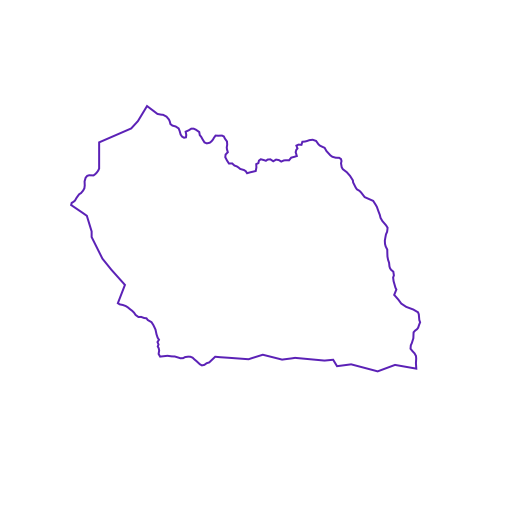 Alto Longá, Piauí, Brazil (Robinson projection), rotated 292°
{"feature_id": "56859067B34833436466805", "entity_name": "Alto Longá", "entity_type": "district", "adm_level": 2, "iso_a3": "BRA", "parent_name": "Brazil", "parent_adm1": "Piauí", "projection": "robinson", "projection_center": [-42.12, -5.395], "detail": "fine", "context": "isolated", "style": "outline", "palette": "violet", "viewbox_px": 512, "rotation_deg": 292, "n_neighbors": 0, "source": "geoboundaries", "source_scale": "gbopen_adm2", "svg_char_len": 3326}
<svg xmlns="http://www.w3.org/2000/svg" viewBox="0 0 512 512"><g transform="rotate(292 256 256)"><path d="M354.2,98.8L336.9,96.0L327.5,92.5L302.6,68.0L283.5,75.7L278.3,77.8L276.1,77.7L273.7,77.1L271.7,76.3L269.9,75.2L269.0,72.9L268.4,71.1L267.1,69.5L264.8,68.7L261.0,69.1L257.2,70.8L254.5,71.5L251.9,71.2L248.8,70.2L247.0,68.9L245.1,68.4L242.6,67.8L239.6,67.4L237.9,66.5L236.2,65.2L234.0,65.5L232.8,71.1L231.0,79.4L229.9,84.1L217.2,94.4L212.0,96.5L196.0,114.6L189.1,127.0L186.3,132.7L180.1,145.3L160.5,145.6L160.1,147.7L160.7,150.9L160.8,153.9L160.4,156.3L159.5,159.1L158.8,161.7L157.8,164.1L156.2,166.5L155.4,169.9L156.5,172.3L156.6,175.5L157.2,177.8L156.1,179.6L155.5,183.9L153.6,186.6L151.7,188.7L150.1,190.4L146.1,193.1L143.4,195.4L142.0,197.4L139.3,196.9L137.4,198.8L135.3,198.8L134.1,200.3L132.1,201.6L128.7,202.4L126.8,204.8L128.1,207.2L130.3,211.3L131.4,215.6L132.4,218.3L132.7,221.7L132.9,224.3L134.0,226.7L135.7,228.1L137.3,230.9L138.0,232.9L138.0,235.3L137.1,237.5L136.2,240.3L134.6,244.5L134.3,246.8L135.7,248.9L138.1,250.4L139.8,252.5L147.3,255.9L148.8,260.9L151.5,269.1L157.5,287.8L159.8,290.5L167.0,299.3L169.3,315.9L169.7,319.0L170.9,321.1L174.3,327.2L176.2,330.4L184.7,358.7L188.7,366.4L184.2,372.4L191.2,384.8L194.2,408.6L194.6,412.0L207.1,425.7L211.6,446.8L216.6,444.4L220.8,443.0L223.2,441.8L225.1,439.5L226.4,436.7L227.9,434.0L231.2,433.0L233.8,433.1L238.7,432.7L242.3,431.4L244.3,430.7L246.5,431.5L248.4,432.7L250.2,433.2L253.7,433.0L256.0,433.0L257.8,431.4L262.9,428.8L264.5,427.3L265.3,421.9L265.1,414.3L266.3,408.5L268.9,404.3L271.7,398.7L277.5,398.7L278.8,397.2L284.2,393.0L287.4,391.2L289.7,391.1L292.9,389.2L293.8,386.4L294.9,384.8L296.4,383.6L299.6,381.9L301.9,379.9L304.7,378.1L307.6,376.8L311.1,375.3L313.4,372.7L315.5,371.1L318.5,369.7L321.7,369.0L324.8,368.4L327.5,368.5L329.5,368.0L331.5,367.4L333.1,365.2L335.8,360.0L338.0,357.2L340.5,355.4L343.4,352.7L346.8,349.7L348.3,347.8L351.0,344.0L351.3,334.7L354.3,329.6L355.2,327.5L355.6,324.6L356.8,322.8L360.6,318.5L362.4,317.5L365.5,313.2L367.7,308.8L369.0,304.0L370.4,302.2L373.8,300.1L376.1,299.7L377.7,298.5L378.2,296.3L377.0,293.2L376.6,289.6L377.2,287.2L379.7,282.0L382.0,279.1L382.1,276.6L382.3,273.8L383.0,272.0L385.2,268.6L385.0,265.0L383.4,262.1L381.7,260.2L380.4,258.4L379.3,256.2L376.1,256.5L375.2,253.7L373.5,252.1L371.2,254.2L369.6,253.6L367.1,253.9L364.0,256.4L362.3,254.4L360.4,251.8L357.1,250.8L356.0,247.9L355.1,246.1L353.0,244.0L353.5,241.3L352.9,238.5L350.3,236.5L351.0,233.1L349.8,230.7L348.0,229.5L347.9,227.5L347.5,224.2L345.5,223.0L343.0,223.4L341.3,221.8L338.2,223.2L334.7,223.9L332.9,221.4L331.3,219.1L329.4,216.7L330.8,214.7L331.2,212.6L330.8,208.8L331.5,206.6L331.9,204.6L331.8,202.1L332.9,199.2L331.6,196.3L333.7,193.3L336.1,190.5L338.7,189.8L341.7,191.0L343.9,189.2L345.7,188.2L348.4,187.6L351.3,186.2L353.2,183.2L354.8,181.4L354.9,179.3L353.4,176.0L352.5,173.4L349.7,172.7L347.9,172.5L345.7,171.8L343.7,170.7L342.0,168.2L342.0,165.7L344.2,162.7L346.0,160.5L347.0,158.6L349.7,156.9L350.6,152.9L350.7,150.4L349.8,148.3L347.4,146.6L344.9,144.2L342.1,146.0L339.8,146.6L338.7,145.0L339.0,142.7L340.4,140.6L343.4,138.3L345.3,136.5L346.0,133.0L345.6,129.6L346.3,127.2L348.4,125.7L349.9,124.2L351.7,120.8L352.1,117.0L351.5,115.0L350.8,111.4L351.6,108.5L354.2,98.8Z" fill="none" stroke="#5b21b6" stroke-width="2"/></g></svg>